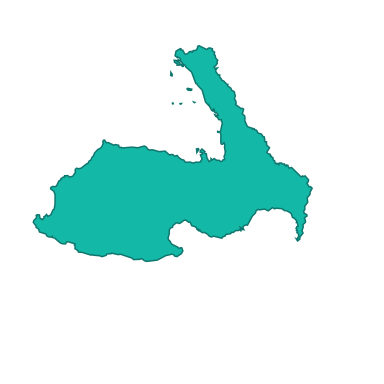 the district of Halmahera Timur, Maluku Utara, Indonesia, rotated 218°
{"feature_id": "22746128B70343351071090", "entity_name": "Halmahera Timur", "entity_type": "district", "adm_level": 2, "iso_a3": "IDN", "parent_name": "Indonesia", "parent_adm1": "Maluku Utara", "projection": "mercator", "projection_center": [128.277, 1.003], "detail": "fine", "context": "isolated", "style": "filled", "palette": "teal", "viewbox_px": 384, "rotation_deg": 218, "n_neighbors": 0, "source": "geoboundaries", "source_scale": "gbopen_adm2", "svg_char_len": 6089}
<svg xmlns="http://www.w3.org/2000/svg" viewBox="0 0 384 384"><g transform="rotate(218 192 192)"><path d="M86.6,244.0L87.7,244.8L90.8,244.4L92.2,245.7L92.2,247.6L94.3,250.1L94.5,255.2L97.7,258.3L97.5,262.6L98.9,264.7L99.6,268.9L101.8,269.2L103.1,268.2L107.0,269.8L106.7,271.6L107.6,273.3L112.8,274.3L113.5,273.1L114.9,272.6L114.8,271.5L115.6,271.1L128.6,272.6L130.4,270.5L132.9,272.0L133.8,271.6L133.9,270.5L134.6,271.1L135.6,270.3L136.4,271.0L137.8,269.7L139.3,270.0L141.1,268.4L140.4,267.0L141.6,267.3L143.0,266.7L143.0,265.9L144.3,266.0L146.0,267.4L147.9,267.3L149.2,268.8L151.1,268.6L151.5,269.1L152.2,268.5L153.5,269.9L156.2,268.9L157.6,269.5L158.1,274.6L162.0,274.9L164.3,277.5L165.4,276.6L166.5,277.0L166.8,278.0L169.0,279.9L169.8,279.3L172.8,280.4L176.5,279.1L178.4,280.2L179.9,280.3L180.8,279.6L182.1,280.2L183.0,278.8L183.6,279.4L187.9,277.8L189.1,277.9L194.6,280.9L195.7,282.9L197.6,284.5L200.4,284.5L202.3,289.0L203.5,289.1L205.0,287.9L211.6,287.8L212.0,289.3L214.1,291.0L216.0,291.5L217.0,294.4L220.6,297.1L223.1,296.6L225.6,297.8L229.3,297.5L230.0,298.9L230.9,298.3L235.2,299.0L237.5,298.4L238.3,299.1L241.2,299.7L242.1,301.3L243.8,300.4L247.2,301.5L248.5,302.8L248.4,305.3L250.0,303.4L251.7,304.3L251.1,306.0L251.3,309.0L252.6,310.0L252.8,311.6L255.8,312.1L257.8,313.9L259.1,314.0L260.3,316.1L263.3,316.0L264.0,317.4L266.1,316.8L267.6,315.6L268.1,313.4L276.5,311.6L277.2,310.3L276.2,308.6L276.1,306.1L278.2,304.0L277.7,302.5L279.3,302.3L279.3,301.7L280.4,301.0L280.6,298.6L281.5,296.9L282.9,296.4L286.7,298.1L288.3,297.0L289.0,298.1L289.5,297.7L291.3,293.2L289.2,288.9L286.6,288.9L286.6,289.5L285.7,289.1L285.2,289.8L283.5,290.0L280.9,287.7L280.1,288.0L277.0,287.0L275.7,287.6L273.7,286.7L266.1,286.2L255.7,279.8L254.7,280.4L253.4,279.6L246.7,278.5L236.7,271.2L231.9,270.4L232.1,270.9L227.0,268.5L225.6,268.6L226.1,270.7L225.1,270.6L224.6,270.0L224.6,269.4L223.2,268.9L222.3,268.7L222.0,269.7L219.9,269.3L218.5,268.5L218.7,267.9L221.6,266.9L219.9,266.2L217.9,266.5L215.5,265.5L213.3,267.0L212.6,266.0L210.7,265.2L207.1,257.8L207.1,256.4L204.7,255.2L199.6,248.5L198.3,247.8L197.3,248.4L197.2,250.6L195.0,249.2L194.0,247.3L191.5,245.0L190.6,245.0L190.6,243.9L189.5,242.9L188.7,239.9L186.3,237.6L187.4,236.3L187.2,235.0L187.9,233.7L190.2,233.7L191.7,232.3L195.2,231.9L195.9,229.8L197.6,230.0L196.5,228.5L197.3,226.5L201.3,228.1L204.3,231.0L206.3,230.3L207.0,231.3L206.8,231.8L210.6,232.0L210.8,229.4L210.1,228.4L208.1,229.3L207.1,228.5L208.3,226.5L204.2,224.1L204.3,222.2L203.7,221.3L205.4,219.1L207.4,217.9L208.8,215.5L211.7,214.5L215.5,211.4L218.2,212.1L220.1,211.2L223.6,211.0L226.2,211.7L227.7,209.6L230.5,209.6L232.8,207.3L238.3,207.7L242.7,203.6L249.0,201.0L251.7,198.7L253.7,198.6L255.6,199.3L257.9,198.9L261.9,193.5L266.7,190.6L274.3,183.6L275.1,183.8L276.3,182.6L277.8,182.7L278.5,183.7L281.6,182.2L282.4,180.8L288.4,179.4L289.9,178.1L292.8,179.1L293.7,178.3L293.1,176.5L292.0,175.9L291.0,172.4L291.1,170.1L292.4,167.5L292.8,162.5L291.8,159.8L292.2,158.4L291.4,154.7L292.1,153.2L291.6,150.2L292.3,149.6L294.0,142.6L295.7,140.5L297.6,139.7L297.9,137.9L295.9,135.4L295.7,130.8L297.9,128.3L299.9,128.5L302.4,126.4L301.6,125.3L302.5,124.7L303.5,121.9L302.9,121.0L303.7,118.7L302.5,113.4L303.4,111.7L305.2,110.6L306.0,108.8L305.4,107.4L301.2,107.5L298.1,105.4L292.4,98.0L290.1,93.7L290.5,92.4L289.2,86.8L290.7,84.0L292.8,84.8L292.9,82.5L293.5,81.4L292.7,80.6L292.8,78.0L293.9,78.2L295.4,77.6L298.2,80.0L300.2,78.6L300.2,77.3L299.4,77.1L298.7,75.5L299.1,72.1L298.4,70.4L293.4,69.1L293.2,68.2L290.1,68.3L287.5,66.6L281.3,69.0L279.5,68.1L277.8,68.2L275.0,69.8L274.9,71.0L273.8,70.3L272.0,71.1L264.4,70.8L262.1,71.5L259.7,73.2L260.0,75.3L258.9,76.6L252.3,79.1L251.9,77.6L250.7,77.4L249.4,75.3L245.7,75.6L244.9,74.8L243.8,75.0L241.6,76.7L232.7,80.1L232.0,81.3L231.1,81.3L225.7,84.8L223.0,85.7L220.7,89.2L220.8,91.0L217.9,93.3L217.8,94.3L211.6,97.2L210.1,98.9L198.8,102.9L196.4,102.8L191.8,106.7L190.7,108.5L187.0,108.6L185.0,109.4L177.4,117.0L173.5,125.7L169.4,130.8L167.6,131.3L166.3,130.8L164.1,131.8L162.4,137.0L162.9,139.9L165.4,141.6L166.1,141.6L167.7,139.5L169.3,139.8L175.2,138.5L177.6,138.9L178.7,139.7L180.6,139.7L182.5,140.9L184.4,145.4L186.5,148.1L186.9,150.1L185.6,152.2L186.4,153.8L185.6,157.4L184.6,158.7L182.8,159.2L182.2,160.0L180.8,165.0L179.5,166.0L176.1,166.1L174.9,167.0L171.5,165.3L167.3,166.8L165.3,165.7L163.1,165.6L163.3,166.4L165.2,166.6L163.2,166.4L162.4,167.0L161.8,166.1L160.5,166.2L158.7,166.4L157.3,167.8L153.5,168.3L151.0,167.8L148.8,168.7L147.9,170.4L140.0,174.0L140.1,175.6L138.8,177.7L139.1,179.5L135.8,183.0L136.2,184.4L134.5,185.7L133.8,188.6L131.9,190.0L131.3,191.4L129.6,191.5L130.2,193.3L130.7,193.4L131.1,192.5L131.3,193.3L132.3,193.9L130.0,194.1L130.4,197.4L128.8,199.7L127.9,200.0L129.6,210.3L129.1,214.5L129.9,216.7L129.2,219.1L127.9,219.4L124.2,223.3L120.3,224.1L119.0,229.2L116.4,229.7L115.8,231.0L110.7,234.3L108.0,234.2L105.4,235.6L100.8,236.2L97.0,233.8L95.2,234.3L91.5,233.7L91.0,232.2L90.3,232.6L87.3,230.4L88.1,229.1L87.5,227.3L86.6,227.4L86.0,225.9L85.0,226.2L84.3,224.6L83.3,224.9L81.2,223.6L80.1,220.8L80.5,220.6L80.1,219.3L80.8,219.2L78.7,218.4L78.0,221.1L79.2,223.1L79.2,228.0L81.4,229.1L82.9,233.1L84.5,234.4L84.0,237.6L84.5,238.9L87.4,240.8L86.6,244.0ZM282.2,283.9L282.0,282.8L280.0,284.1L279.8,285.5L282.4,286.3L284.3,285.7L285.4,286.0L287.2,284.9L285.6,283.5L282.2,283.9ZM255.5,272.9L259.3,271.0L259.4,270.1L257.8,269.8L255.6,271.2L255.0,271.9L255.5,272.9ZM212.5,226.1L212.8,229.7L213.8,230.1L215.0,228.7L212.5,226.1ZM280.6,270.8L279.2,271.1L279.7,272.4L282.3,273.3L280.6,270.8ZM278.3,285.1L276.4,285.2L276.2,285.6L276.6,286.3L278.7,286.6L278.3,285.1ZM284.6,286.8L282.8,287.2L283.0,287.9L284.3,287.7L284.6,286.8ZM129.0,193.6L127.9,194.2L129.3,194.9L129.9,194.4L129.0,193.6ZM254.8,255.2L256.0,254.2L256.3,253.9L254.8,254.4L254.8,255.2ZM208.6,254.9L208.0,255.2L207.8,256.0L209.1,255.6L208.6,254.9ZM262.0,250.4L262.1,249.9L261.2,249.6L261.2,250.0L262.0,250.4ZM224.8,269.8L225.7,269.6L225.1,269.1L224.8,269.8ZM245.9,264.0L245.2,263.8L245.0,264.3L245.9,264.0Z" fill="#14b8a6" stroke="#0f766e" stroke-width="1.5"/></g></svg>